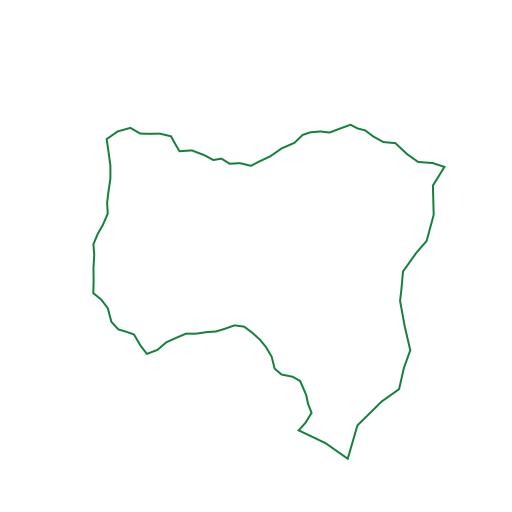 the district of Zabelê, Paraíba, Brazil, rotated 201°
{"feature_id": "56859067B18292318839761", "entity_name": "Zabelê", "entity_type": "district", "adm_level": 2, "iso_a3": "BRA", "parent_name": "Brazil", "parent_adm1": "Paraíba", "projection": "robinson", "projection_center": [-37.088, -8.075], "detail": "fine", "context": "isolated", "style": "outline", "palette": "green", "viewbox_px": 512, "rotation_deg": 201, "n_neighbors": 0, "source": "geoboundaries", "source_scale": "gbopen_adm2", "svg_char_len": 1297}
<svg xmlns="http://www.w3.org/2000/svg" viewBox="0 0 512 512"><g transform="rotate(201 256 256)"><path d="M97.7,99.6L100.6,134.2L86.6,165.1L74.7,183.0L77.8,204.3L78.2,223.3L92.0,243.7L105.4,265.7L108.3,277.0L113.2,294.2L107.5,316.4L102.1,331.2L104.9,358.2L116.1,385.2L112.0,406.7L124.3,406.1L138.4,401.9L151.3,405.2L166.3,411.3L178.0,408.0L189.4,409.6L199.0,412.4L206.8,411.5L214.8,412.4L223.1,405.2L231.6,397.6L240.4,395.4L249.5,391.0L255.8,385.8L260.7,375.4L270.5,365.8L278.3,354.3L286.8,345.4L293.0,338.4L304.4,336.9L313.5,332.7L323.1,334.5L330.3,330.3L339.9,331.6L353.7,331.6L365.0,326.4L371.5,331.6L378.3,337.3L389.5,335.8L400.0,331.6L408.0,328.8L419.2,330.6L429.8,322.7L437.3,311.6L431.2,300.7L424.2,287.9L419.7,276.1L416.7,262.9L414.1,252.4L409.6,242.4L410.1,230.0L411.7,219.6L412.0,208.7L407.5,199.3L403.4,186.4L398.8,174.9L394.6,163.0L385.0,159.9L375.7,154.2L367.4,142.7L358.1,138.1L349.8,138.8L341.8,139.0L331.6,130.9L322.8,125.5L314.3,133.1L308.9,143.2L300.1,152.1L293.5,158.4L283.9,162.1L274.7,167.3L266.3,171.2L259.6,176.4L251.1,183.6L241.7,185.8L231.9,183.0L222.3,179.3L214.0,174.5L205.2,167.5L198.2,157.5L189.7,154.5L178.5,156.4L170.0,155.1L159.3,144.2L154.7,137.0L147.9,129.4L150.0,118.1L153.7,108.5L124.1,106.2L97.7,99.6Z" fill="none" stroke="#15803d" stroke-width="2"/></g></svg>